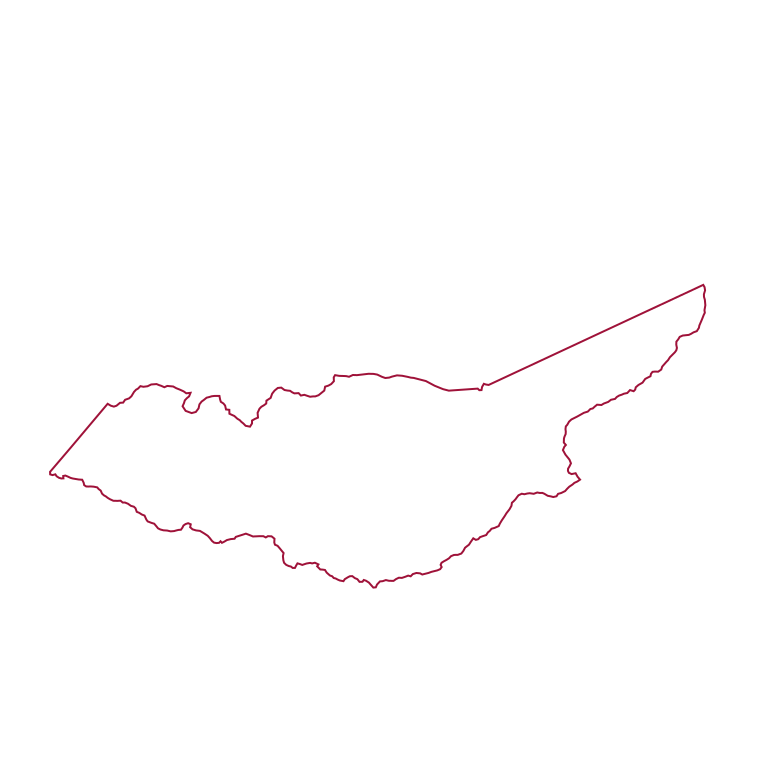 Alto Alegre do Pindaré, Maranhão, Brazil (orthographic projection), rotated 211°
{"feature_id": "56859067B27762035382418", "entity_name": "Alto Alegre do Pindaré", "entity_type": "district", "adm_level": 2, "iso_a3": "BRA", "parent_name": "Brazil", "parent_adm1": "Maranhão", "projection": "orthographic", "projection_center": [-45.998, -3.962], "detail": "fine", "context": "isolated", "style": "outline", "palette": "rose", "viewbox_px": 768, "rotation_deg": 211, "n_neighbors": 0, "source": "geoboundaries", "source_scale": "gbopen_adm2", "svg_char_len": 5350}
<svg xmlns="http://www.w3.org/2000/svg" viewBox="0 0 768 768"><g transform="rotate(211 384 384)"><path d="M625.0,136.7L623.6,134.6L621.2,135.2L619.2,137.3L617.1,136.3L614.3,136.2L612.0,136.8L610.2,138.0L611.6,139.9L610.0,141.4L607.4,141.8L604.3,142.1L602.1,142.7L596.5,144.9L593.4,146.5L590.6,144.7L588.9,142.9L586.5,142.8L584.7,143.8L582.5,145.2L579.9,146.5L576.5,147.7L574.6,147.0L571.9,146.7L569.2,144.8L566.6,144.3L564.5,144.4L562.3,144.1L559.6,144.1L555.9,144.5L552.2,146.6L549.7,148.3L546.9,147.8L544.9,149.0L541.8,149.5L538.2,149.2L535.2,150.0L533.0,149.5L530.1,147.1L527.5,147.5L524.3,147.4L521.5,147.9L517.9,145.4L515.8,144.5L511.8,145.2L509.0,145.9L505.5,144.7L503.4,143.9L500.8,144.1L497.7,145.0L494.4,146.7L491.0,147.8L488.2,149.8L486.8,151.3L485.1,153.0L483.0,154.5L482.8,157.1L483.0,159.4L482.0,161.7L480.2,163.8L477.4,164.2L476.4,161.4L473.3,160.8L469.7,161.7L466.1,163.3L463.1,163.3L461.0,163.3L456.9,163.1L453.9,162.2L450.6,160.9L448.0,160.5L445.6,161.4L443.6,162.9L443.1,165.0L441.1,164.4L439.7,166.6L438.3,169.3L435.5,172.1L432.4,174.4L432.3,176.6L430.2,179.0L427.9,181.6L425.3,184.6L421.3,185.3L417.8,185.8L412.1,189.6L409.0,191.4L406.3,191.6L405.1,193.8L401.9,195.5L398.2,195.0L396.4,191.6L394.7,190.1L391.9,190.5L388.3,189.3L385.3,188.2L383.0,187.4L382.0,184.4L379.5,181.1L377.6,179.3L374.7,178.6L371.9,178.9L369.8,179.6L367.5,179.3L365.6,180.5L365.8,183.2L365.8,185.7L363.2,186.4L360.9,186.8L358.0,190.2L355.2,192.6L353.2,193.2L351.2,195.2L347.3,195.6L347.4,193.3L343.1,192.2L341.0,193.3L338.8,194.2L336.0,192.8L331.7,192.0L329.4,192.5L327.2,191.8L325.3,192.4L323.0,192.5L320.7,192.8L317.2,194.1L317.1,196.5L315.5,199.6L314.3,201.6L312.2,203.0L309.0,202.6L306.3,203.0L303.1,201.8L300.6,203.4L300.4,205.6L298.2,206.1L294.6,206.0L292.5,205.3L288.3,204.0L286.3,205.5L286.7,208.5L285.8,212.7L283.6,214.3L281.4,216.9L278.3,217.9L274.4,220.2L273.2,223.0L271.5,225.6L268.8,227.0L266.5,229.7L264.6,232.2L262.1,232.9L261.4,235.9L258.9,238.7L255.5,240.3L253.1,240.4L250.9,242.6L248.5,245.0L246.6,247.4L244.5,249.5L242.3,251.7L240.5,254.2L240.3,256.8L242.3,258.1L242.6,260.4L241.4,262.8L239.8,265.5L238.5,268.1L237.9,270.9L235.9,273.6L232.8,275.5L230.4,278.5L230.0,281.8L230.2,285.4L229.4,287.5L228.4,290.0L228.3,293.4L228.0,297.7L225.0,297.7L223.3,299.5L222.8,302.2L221.0,304.4L218.6,307.2L218.5,310.4L217.7,312.5L217.3,315.3L215.1,317.6L212.5,321.3L212.8,324.1L212.8,327.7L212.5,333.3L212.5,336.2L211.9,341.2L212.0,345.2L213.2,348.1L212.5,350.2L211.9,353.0L211.7,355.5L211.4,357.9L209.4,360.9L206.9,361.8L204.8,363.9L202.9,365.4L199.1,367.0L196.8,369.9L194.2,370.9L192.2,372.2L190.1,372.5L186.1,372.5L183.1,373.6L180.7,374.3L178.3,376.6L178.2,379.5L176.0,381.8L173.6,385.5L173.0,388.7L172.3,391.4L170.6,395.0L169.9,397.3L168.0,400.1L166.7,403.0L170.3,404.2L173.8,406.2L176.8,403.4L179.8,403.1L181.6,404.3L182.6,406.2L182.6,408.8L182.9,412.3L186.1,414.7L192.1,416.9L196.6,419.5L197.1,423.1L196.7,425.4L199.7,426.4L201.7,430.0L202.2,432.0L202.5,434.6L203.7,436.9L205.2,438.8L206.3,441.3L205.9,443.4L206.0,447.0L205.1,450.1L201.5,455.8L197.8,462.3L195.1,465.3L194.2,468.9L192.5,470.5L191.7,473.2L190.7,476.0L186.8,478.0L185.5,480.5L182.6,484.1L181.3,487.4L178.3,490.2L177.8,492.7L176.5,495.2L174.7,497.3L173.3,499.3L170.8,501.6L170.0,505.5L166.3,506.4L165.8,508.6L166.5,510.8L165.4,514.2L163.1,518.3L162.7,522.9L161.5,524.9L159.6,527.9L160.4,530.2L160.1,532.7L158.3,534.1L155.3,535.8L153.8,539.2L154.5,542.2L153.4,548.2L152.8,550.7L152.7,554.2L151.0,561.0L150.8,563.4L151.5,565.8L153.7,568.2L155.2,570.9L154.8,573.8L154.8,576.7L152.9,579.4L148.0,583.1L146.6,585.2L145.3,587.7L143.1,590.4L143.0,594.4L143.8,596.5L144.7,603.1L145.5,607.8L145.7,610.3L147.3,612.3L149.1,617.0L152.4,621.5L154.6,623.5L156.0,625.7L157.0,629.6L159.1,632.1L161.4,633.4L206.6,566.4L253.8,496.4L293.8,437.1L296.5,436.0L298.5,435.6L298.4,431.9L297.3,429.0L299.1,427.8L301.3,428.3L325.0,411.7L330.7,410.0L339.7,408.6L349.6,408.1L361.7,404.5L364.2,403.3L367.4,402.3L372.7,400.4L377.3,398.1L381.0,394.4L382.8,392.2L386.0,389.8L389.5,389.1L394.6,388.6L398.1,387.3L402.5,384.8L411.7,377.7L415.3,375.7L417.7,372.2L420.4,371.3L422.5,370.2L426.6,367.9L430.5,366.4L430.5,363.8L428.4,360.6L429.2,356.8L430.8,354.0L433.1,351.4L431.8,347.6L434.3,340.7L436.5,338.0L438.6,336.7L440.8,335.0L443.9,334.3L446.7,333.7L449.3,331.3L452.5,332.2L456.0,329.8L458.4,329.6L461.0,329.8L463.3,328.7L466.2,327.6L470.2,328.0L473.0,325.9L474.4,322.0L474.9,318.1L474.0,313.7L476.2,309.2L474.9,306.6L475.8,304.3L477.4,301.3L478.0,298.7L477.5,294.2L474.7,290.3L476.6,287.7L478.3,284.7L476.8,282.2L476.9,278.4L481.1,276.9L484.1,277.7L486.9,278.1L489.0,278.7L491.8,278.7L495.8,279.5L498.4,279.2L501.2,278.9L503.3,282.2L506.3,280.8L509.1,283.7L511.6,284.6L514.7,284.7L516.5,286.3L518.9,289.0L521.0,287.8L523.1,286.5L525.3,284.8L527.1,282.8L529.0,280.9L530.2,277.6L531.3,275.0L531.7,271.5L530.4,267.6L530.9,263.1L533.9,260.0L540.2,258.8L545.2,261.2L545.6,264.6L546.3,267.4L545.7,270.2L544.7,273.0L545.3,276.8L548.7,274.2L551.9,274.5L556.3,274.0L559.9,273.4L563.4,273.3L568.8,270.7L570.6,268.1L574.0,267.7L576.2,267.2L578.9,266.8L583.3,263.7L585.5,260.3L588.8,257.7L591.7,256.7L592.5,253.3L593.6,251.4L594.2,248.5L594.2,243.4L595.1,240.4L597.8,237.1L598.0,233.7L600.6,231.9L602.1,227.6L603.9,225.5L607.0,224.7L610.7,224.7L619.6,169.1L625.0,136.7Z" fill="none" stroke="#9f1239" stroke-width="2"/></g></svg>